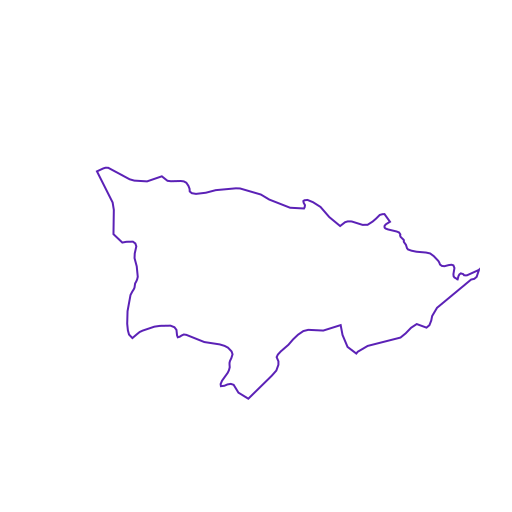 SVG path tracing the border of Tiranë, rotated 224°
{"feature_id": "ALB-1529", "entity_name": "Tiranë", "entity_type": "County", "adm_level": 1, "iso_a3": "ALB", "parent_name": "Albania", "parent_adm1": "", "projection": "albers", "projection_center": [19.744, 41.26], "detail": "fine", "context": "isolated", "style": "outline", "palette": "violet", "viewbox_px": 512, "rotation_deg": 224, "n_neighbors": 0, "source": "natural_earth", "source_scale": "10m", "svg_char_len": 2394}
<svg xmlns="http://www.w3.org/2000/svg" viewBox="0 0 512 512"><g transform="rotate(224 256 256)"><path d="M86.0,400.9L85.9,400.8L82.8,394.3L83.1,391.2L84.9,388.5L89.8,344.5L87.6,335.2L85.1,331.3L83.2,326.7L83.6,322.9L93.1,318.7L94.6,312.1L94.6,304.3L95.4,297.7L113.2,268.9L116.3,257.8L116.1,255.5L127.0,254.2L138.9,259.3L147.1,265.1L155.8,249.1L167.1,239.2L169.8,234.9L171.1,228.6L171.4,221.8L171.0,214.6L171.9,204.7L171.8,200.3L170.9,197.6L166.7,195.8L164.3,193.3L161.8,187.7L161.5,180.8L162.4,148.0L173.7,145.5L182.6,147.8L185.3,146.5L187.3,143.8L188.6,140.7L190.8,138.0L192.5,139.3L193.8,142.7L195.2,152.3L196.1,155.0L197.6,157.7L199.5,159.4L200.8,160.7L201.8,162.4L202.8,165.4L204.6,169.0L207.3,170.4L212.5,170.6L216.2,169.5L220.7,167.2L233.4,158.2L251.3,150.9L253.4,149.4L254.3,147.1L254.8,144.9L255.8,143.2L257.7,144.1L261.9,147.6L265.2,148.1L269.1,146.5L276.5,139.1L280.0,134.6L285.7,123.6L286.9,120.5L287.3,117.3L287.9,111.1L292.8,111.3L296.5,113.5L301.6,117.8L310.1,127.1L319.2,140.8L320.3,144.6L320.8,147.1L321.4,148.8L323.9,152.3L324.4,154.3L325.2,156.5L326.6,158.9L334.6,165.7L341.9,170.1L345.0,173.6L348.8,179.8L351.5,181.2L354.5,180.8L359.1,176.2L361.5,172.8L373.7,172.7L390.3,190.4L396.3,194.9L429.2,206.4L426.7,212.9L425.6,214.9L423.6,216.8L400.2,223.4L395.9,225.7L386.2,234.0L379.1,247.9L371.9,248.6L369.1,250.7L362.2,257.7L359.8,259.5L357.0,260.3L353.3,259.5L350.5,258.2L348.5,256.4L345.8,256.6L342.3,259.0L336.0,266.7L330.7,275.4L317.5,290.7L314.4,293.5L295.2,303.6L285.7,305.8L265.0,314.4L254.5,323.5L254.9,324.9L256.1,326.6L258.7,327.4L260.1,328.4L259.9,329.7L257.9,332.1L252.4,334.3L243.7,336.1L230.3,334.9L216.3,336.0L215.4,342.2L214.0,344.7L211.2,347.3L201.0,352.4L197.4,356.0L196.0,361.9L195.6,366.3L195.5,371.5L194.1,373.9L192.7,375.4L183.4,373.7L184.5,369.5L184.6,368.3L184.4,366.9L183.7,366.1L182.9,365.7L181.8,365.8L179.5,366.8L171.9,371.3L169.5,372.3L167.2,371.8L166.5,370.8L165.2,370.2L160.9,370.2L160.2,369.7L159.8,369.1L159.3,368.8L155.9,368.2L152.8,366.5L151.2,366.3L147.9,367.8L143.6,370.5L136.1,376.6L132.5,378.8L128.1,379.4L121.4,379.1L119.6,378.6L117.7,377.7L115.4,378.0L113.4,379.5L111.0,383.4L109.3,385.5L107.5,386.4L104.9,385.2L101.4,380.1L99.8,378.7L98.3,378.4L96.0,379.0L95.0,379.0L94.7,379.2L96.4,382.2L96.9,384.0L96.6,385.8L94.3,386.9L93.0,386.7L91.7,387.7L90.8,388.7L86.0,400.8L86.0,400.9Z" fill="none" stroke="#5b21b6" stroke-width="2"/></g></svg>